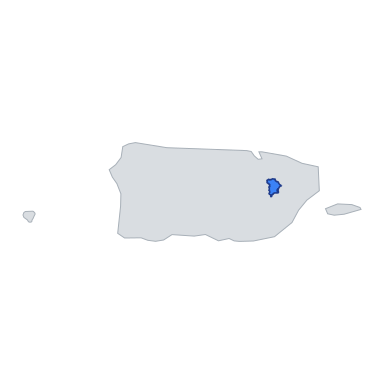 Gurabo, Puerto Rico shown in context
{"feature_id": "32010507B33566817880086", "entity_name": "Gurabo", "entity_type": "district", "adm_level": 2, "iso_a3": "PRI", "parent_name": "Puerto Rico", "parent_adm1": "", "projection": "equal_earth", "projection_center": [-65.978, 18.259], "detail": "fine", "context": "in_parent", "style": "filled", "palette": "blue", "viewbox_px": 384, "rotation_deg": 0, "n_neighbors": 0, "source": "geoboundaries", "source_scale": "gbopen_adm2", "svg_char_len": 2829}
<svg xmlns="http://www.w3.org/2000/svg" viewBox="0 0 384 384"><path d="M254.3,155.9L258.2,159.3L262.0,158.8L258.9,151.8L261.8,151.8L286.3,156.1L302.0,163.3L318.2,166.8L319.3,190.7L306.8,200.2L298.6,210.2L292.0,222.5L274.5,236.7L253.4,241.0L239.4,241.4L234.2,240.9L229.1,238.5L218.5,240.8L205.4,234.5L194.2,236.1L172.0,234.6L163.6,240.0L155.6,241.3L147.8,240.3L141.1,237.8L124.6,238.0L117.7,233.3L120.6,206.1L120.9,193.8L116.9,183.6L112.4,177.2L109.2,169.7L115.7,164.7L121.1,157.5L122.8,146.6L128.6,143.9L135.4,142.6L166.9,147.7L246.7,150.6L251.2,151.5L254.3,155.9ZM344.2,214.2L334.2,215.2L327.7,213.8L325.5,208.7L337.6,203.9L351.8,204.6L360.0,207.5L361.0,209.4L344.2,214.2ZM31.3,222.0L30.1,222.2L28.9,222.0L28.3,221.5L27.5,220.0L23.9,217.4L23.0,215.0L23.9,212.5L25.4,211.5L32.8,211.2L33.5,211.5L35.0,213.2L35.0,214.4L34.3,215.6L33.0,218.6L32.4,219.4L32.0,220.2L31.8,221.5L31.3,222.0Z" fill="#d9dde1" stroke="#a8b0b8" stroke-width="1"/><path d="M278.1,181.9L277.7,181.9L277.4,181.7L277.1,181.5L276.7,181.7L276.4,181.4L276.2,181.3L275.9,181.0L275.8,180.8L275.5,180.8L275.3,180.4L275.3,180.2L275.1,179.8L274.9,179.7L275.0,179.6L274.8,179.5L274.8,179.4L274.9,179.1L274.3,179.0L272.8,178.9L272.6,178.8L272.2,179.1L271.8,179.1L271.4,179.6L271.1,179.7L270.7,179.5L270.4,179.5L270.0,179.8L269.9,180.0L269.6,179.9L269.2,179.5L268.8,179.5L268.7,179.3L268.2,179.5L268.0,179.9L267.8,180.2L267.5,180.2L267.3,180.1L267.0,180.3L266.9,180.8L267.3,181.1L267.2,181.6L267.0,182.3L267.1,182.6L267.5,183.1L268.1,183.2L268.5,183.4L268.6,183.5L268.6,184.0L269.2,184.1L269.5,184.4L269.7,184.5L269.8,184.7L269.7,185.2L269.7,185.6L269.5,185.8L269.6,186.1L269.8,186.3L269.8,186.6L269.4,186.7L269.0,186.8L268.9,187.0L269.0,187.6L269.4,188.7L269.4,189.3L269.1,189.7L268.9,190.3L269.3,190.8L269.6,190.9L269.7,191.4L269.7,191.7L269.8,192.2L269.6,192.6L269.3,192.9L269.1,193.2L269.0,193.6L269.4,194.3L269.8,194.5L270.2,194.7L270.4,194.7L270.5,194.7L270.9,194.9L270.8,195.2L270.8,195.5L270.7,196.3L271.0,196.7L271.6,196.5L271.6,196.1L271.8,195.9L272.0,194.9L272.1,194.6L272.5,194.4L272.8,194.5L273.0,194.3L273.3,194.0L273.2,194.0L273.3,193.5L274.4,192.9L275.0,193.0L275.2,192.9L275.4,192.9L276.1,192.9L276.4,193.0L277.0,192.9L277.4,192.9L277.2,192.6L277.3,192.5L277.3,192.2L277.5,192.5L277.9,192.3L278.0,192.5L278.3,192.4L278.5,192.1L278.3,191.9L278.3,191.5L278.1,191.6L278.1,191.2L277.8,191.0L277.7,190.9L277.4,190.8L277.4,190.5L277.3,190.4L277.7,190.3L277.8,190.0L277.8,189.9L277.5,189.7L277.8,189.5L277.7,188.9L277.8,188.8L278.1,188.9L278.2,189.2L278.3,189.3L278.9,187.8L279.1,187.6L279.2,187.2L279.7,186.8L279.7,186.7L280.0,186.4L280.1,186.2L280.5,186.0L281.1,186.0L281.2,185.9L280.5,185.5L280.6,185.1L280.3,185.0L279.9,184.7L279.5,184.3L279.0,183.7L278.7,183.3L278.5,183.0L278.6,182.7L278.1,181.9Z" fill="#3b82f6" stroke="#1e3a8a" stroke-width="1.5"/></svg>